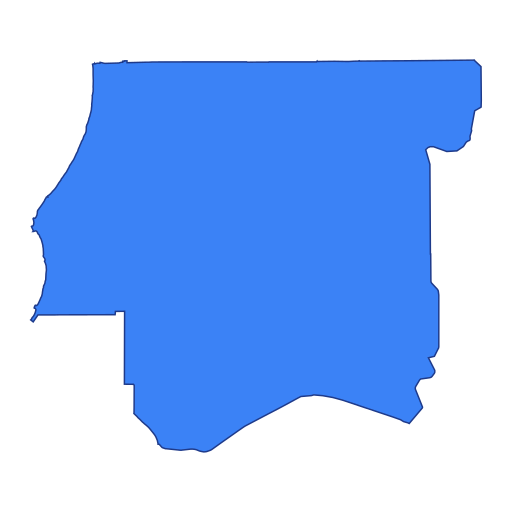 Kwinana, Western Australia, Australia (orthographic projection)
{"feature_id": "25037944B63650800772080", "entity_name": "Kwinana", "entity_type": "district", "adm_level": 2, "iso_a3": "AUS", "parent_name": "Australia", "parent_adm1": "Western Australia", "projection": "orthographic", "projection_center": [115.805, -32.234], "detail": "fine", "context": "isolated", "style": "filled", "palette": "blue", "viewbox_px": 512, "rotation_deg": 0, "n_neighbors": 0, "source": "geoboundaries", "source_scale": "gbopen_adm2", "svg_char_len": 5600}
<svg xmlns="http://www.w3.org/2000/svg" viewBox="0 0 512 512"><path d="M92.5,64.2L92.5,64.4L92.8,65.4L93.0,67.6L93.1,68.6L93.1,70.0L93.1,71.5L93.1,72.3L93.1,73.3L93.1,74.7L93.2,78.5L93.3,80.9L93.2,83.6L93.2,84.8L93.1,86.1L93.1,87.3L93.2,88.5L93.2,89.3L93.1,90.4L93.2,91.1L92.8,93.2L92.7,93.8L92.5,94.8L92.2,95.5L92.3,95.8L92.3,96.2L92.3,97.6L92.2,99.3L92.1,100.4L92.0,101.9L91.7,104.4L91.8,105.6L91.6,107.2L91.5,107.9L91.4,109.6L91.0,111.5L90.7,112.6L90.2,114.4L89.9,115.9L89.5,117.1L89.1,118.0L88.9,118.5L88.9,119.0L88.8,119.7L87.4,124.0L87.0,124.3L86.3,126.7L86.3,127.1L86.3,128.0L86.3,129.1L86.2,130.3L86.1,131.4L85.8,132.5L85.6,132.9L85.4,133.6L84.7,134.7L84.1,135.7L83.6,136.8L83.1,138.5L82.8,139.4L81.9,140.9L81.5,141.6L80.9,143.3L80.0,145.2L79.5,146.6L79.0,147.6L78.5,148.7L78.2,149.5L77.8,150.9L77.4,151.9L76.5,153.4L76.1,154.3L75.1,156.5L74.0,158.9L73.1,160.5L71.8,162.3L71.2,163.4L70.0,165.1L69.3,166.3L69.1,167.1L68.7,167.9L68.0,169.0L67.7,169.7L67.2,170.5L66.6,171.8L64.9,174.0L64.3,174.8L62.9,177.0L62.6,177.4L62.1,178.0L61.5,178.8L61.1,179.4L61.0,180.0L60.6,180.5L60.1,181.2L59.6,181.9L58.8,182.9L58.0,184.3L57.1,185.7L56.1,187.3L54.9,188.9L53.7,190.2L52.8,191.1L51.7,192.4L50.9,193.4L49.8,194.4L48.8,195.2L47.7,195.9L47.8,196.5L47.9,197.1L47.6,197.1L47.2,196.8L46.6,196.9L46.2,197.3L45.7,198.5L45.1,199.2L44.4,200.9L42.1,204.4L40.8,206.2L40.1,207.2L39.5,207.9L38.5,209.4L38.1,209.8L37.8,210.3L37.4,211.2L37.4,212.0L37.2,213.7L36.9,215.2L36.0,217.1L35.7,217.6L35.0,218.3L34.7,218.4L34.0,218.0L33.8,218.0L33.5,218.1L33.1,218.6L33.1,218.9L33.2,219.3L33.6,220.5L33.7,221.4L33.9,222.5L33.8,223.1L33.6,224.7L33.1,225.7L32.9,225.9L32.4,226.1L31.9,226.1L31.5,226.3L31.4,226.4L31.4,226.6L31.8,227.3L32.1,228.1L32.5,228.8L33.2,230.7L33.3,231.3L33.1,231.5L33.3,231.5L33.8,231.4L34.7,231.1L35.7,230.9L36.3,231.1L36.7,231.4L37.0,231.7L37.5,232.6L37.6,233.1L38.1,233.9L38.3,234.2L39.1,234.9L39.3,235.2L39.7,236.5L40.2,237.6L40.8,238.5L41.2,239.3L41.3,239.7L41.5,240.3L41.7,241.0L41.9,241.6L42.1,242.5L42.3,243.1L42.9,245.7L42.9,246.5L43.2,248.2L43.3,249.0L43.3,249.9L43.4,251.5L43.5,254.8L43.3,255.4L43.2,256.0L43.3,256.5L43.6,257.0L44.1,257.6L44.6,258.4L45.0,259.3L45.0,259.7L45.0,260.3L44.9,260.7L44.5,261.1L44.5,261.4L44.9,262.1L45.3,263.0L46.1,265.6L46.2,266.3L46.2,267.1L46.4,269.5L46.4,270.2L46.0,273.6L45.9,275.9L45.7,279.8L45.2,281.2L45.1,281.8L45.0,282.6L44.8,283.4L44.6,284.0L44.3,284.4L44.2,284.8L43.8,285.5L43.6,285.9L43.5,286.3L43.5,286.7L43.5,287.4L43.4,287.9L43.2,288.2L42.9,289.1L42.8,290.1L42.4,292.4L42.4,293.2L41.8,295.7L41.4,296.8L41.1,297.3L40.7,298.0L40.1,299.6L39.6,300.7L39.2,301.6L38.3,303.5L37.8,304.4L37.3,305.0L36.8,305.4L36.1,305.6L35.6,305.5L35.6,305.2L35.4,305.2L35.1,305.4L34.8,306.1L34.6,306.5L34.4,307.0L34.2,307.5L34.2,308.0L34.3,308.2L34.8,308.1L35.0,308.2L35.7,309.1L35.9,309.5L35.9,310.0L35.6,311.1L35.3,312.3L34.3,314.8L33.9,315.3L33.6,316.0L32.3,317.5L31.7,318.4L31.7,318.9L30.9,319.7L30.7,319.9L33.2,321.9L38.0,314.9L54.9,314.9L59.1,314.8L115.1,314.7L115.3,313.1L115.4,311.4L124.6,311.3L124.4,384.2L133.5,384.3L134.2,385.3L134.1,407.8L134.0,413.2L133.9,413.5L137.0,416.5L138.1,417.8L139.9,419.4L142.3,421.9L142.6,422.2L143.4,422.8L144.3,423.7L146.3,425.3L148.3,427.1L149.5,428.4L153.6,433.5L154.2,434.3L154.8,435.1L155.3,435.9L156.1,437.4L156.7,438.9L157.3,440.3L157.6,441.7L157.8,442.6L158.0,443.5L158.0,444.2L159.1,444.3L159.3,444.4L159.4,444.5L161.8,447.2L162.3,447.6L162.8,447.8L165.4,448.7L165.8,448.7L166.0,448.7L180.4,450.2L181.5,450.2L181.9,450.1L190.7,449.1L191.6,449.1L192.4,449.1L193.7,449.2L195.0,449.4L196.3,449.7L199.3,450.9L200.3,451.2L202.1,451.6L203.9,451.9L204.9,451.8L206.0,451.7L206.9,451.5L210.3,450.3L211.3,449.8L212.2,449.2L220.7,443.1L229.5,436.9L238.0,430.9L242.9,427.5L244.4,426.5L245.4,425.9L254.7,421.0L267.8,414.1L271.5,412.2L281.4,407.0L298.2,397.9L300.9,396.5L311.4,395.6L313.8,394.9L322.8,395.7L332.9,397.5L342.4,400.1L393.2,417.1L400.5,419.7L403.6,421.6L408.1,422.9L409.2,423.5L422.3,408.0L422.4,407.7L422.5,407.4L422.5,407.1L422.4,406.8L415.4,389.3L415.3,388.7L415.3,388.1L415.3,387.6L415.5,387.0L415.7,386.5L419.4,380.3L419.9,379.6L420.3,379.3L420.7,379.0L421.3,378.9L429.8,377.7L430.1,377.6L430.7,377.4L431.2,377.2L431.6,376.8L432.0,376.5L434.3,373.4L434.6,372.8L434.8,372.2L434.8,371.7L434.8,371.1L434.8,370.6L434.6,370.0L428.4,357.8L434.4,356.3L438.4,348.3L438.6,348.0L438.7,347.3L438.8,346.6L438.8,334.3L438.8,296.9L438.8,296.3L438.8,295.6L438.8,295.0L438.3,291.1L438.1,290.5L437.8,290.0L437.5,289.5L437.3,289.2L431.8,283.3L431.4,282.8L431.1,282.2L431.0,281.6L430.9,281.0L430.7,254.0L430.4,254.0L429.9,164.3L427.3,155.2L425.7,149.7L427.8,147.7L428.3,147.4L429.5,147.0L429.6,146.8L430.2,146.7L433.5,146.7L446.8,151.5L456.3,150.9L456.9,150.9L463.4,146.5L466.2,142.2L467.3,141.4L468.0,141.0L469.5,140.4L469.9,139.9L470.1,139.0L470.1,138.3L470.0,136.2L471.6,130.8L471.6,130.4L471.4,129.5L471.4,128.6L474.7,110.8L481.1,107.1L481.3,100.2L481.0,66.6L474.5,60.5L474.4,60.1L444.2,60.4L402.2,60.8L383.6,60.9L373.2,61.0L359.7,61.1L359.6,60.9L359.3,60.7L359.2,60.7L358.9,60.8L358.7,61.1L354.0,61.2L348.7,61.5L346.1,61.5L334.6,61.3L318.2,61.5L317.8,61.6L317.5,61.5L317.2,61.3L317.1,61.1L316.5,61.9L268.9,61.9L268.3,62.2L268.2,62.1L257.2,62.1L248.6,62.2L247.4,62.2L246.9,62.0L246.7,61.9L188.3,61.9L152.2,62.0L149.0,62.2L146.4,62.2L127.0,62.7L127.0,60.8L124.4,60.8L124.4,61.2L122.7,61.2L122.7,62.3L121.1,62.3L118.9,63.0L104.9,63.4L103.7,63.2L100.1,62.3L100.0,62.6L99.9,63.3L98.3,63.2L97.6,63.2L97.3,63.2L96.1,63.5L95.1,63.8L94.8,63.9L94.6,63.4L94.5,63.6L92.5,64.2L92.5,64.2Z" fill="#3b82f6" stroke="#1e3a8a" stroke-width="1.5"/></svg>